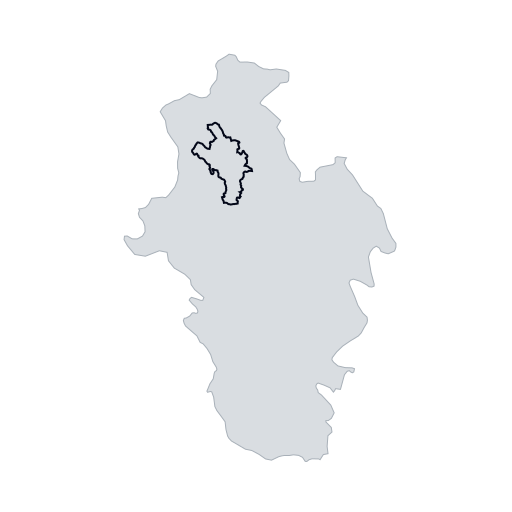 Republic of Serbia, with Nišavski highlighted, rotated 204°
{"feature_id": "SRB-830", "entity_name": "Nišavski", "entity_type": "District", "adm_level": 1, "iso_a3": "SRB", "parent_name": "Republic of Serbia", "parent_adm1": "", "projection": "equal_earth", "projection_center": [21.87, 43.429], "detail": "fine", "context": "in_parent", "style": "outline", "palette": "ink", "viewbox_px": 512, "rotation_deg": 204, "n_neighbors": 0, "source": "natural_earth", "source_scale": "10m", "svg_char_len": 9130}
<svg xmlns="http://www.w3.org/2000/svg" viewBox="0 0 512 512"><g transform="rotate(204 256 256)"><path d="M286.8,197.0L298.3,200.3L303.6,203.5L306.3,207.7L313.7,210.4L325.7,211.7L334.0,216.0L338.7,223.2L346.4,221.5L357.0,210.8L367.4,208.1L377.6,213.1L383.2,217.3L384.2,220.6L381.8,221.9L376.1,221.3L371.4,223.3L367.8,228.0L367.2,233.0L369.8,238.3L373.5,242.0L378.2,244.0L380.7,246.8L381.0,250.3L382.3,251.3L379.6,252.9L376.7,255.3L375.1,259.5L374.7,266.3L365.6,271.6L362.1,272.6L360.6,276.1L358.2,286.0L358.5,293.5L359.8,297.4L360.3,300.5L363.3,304.3L366.0,310.2L367.9,317.9L371.8,323.9L382.0,329.9L387.1,333.3L390.9,338.3L393.7,342.8L402.2,348.8L401.6,353.1L399.7,357.3L397.8,359.3L393.7,364.7L389.6,367.7L382.9,377.2L372.3,377.7L369.7,378.5L365.7,381.1L363.8,385.9L365.7,389.7L365.5,393.6L363.6,401.1L366.2,409.2L370.0,412.9L370.6,415.0L369.9,418.8L364.4,426.5L362.7,429.4L357.0,430.8L355.1,430.0L352.2,427.4L349.5,426.6L342.8,429.7L336.0,431.6L330.6,430.2L325.3,430.0L321.7,431.3L318.9,431.8L313.5,435.1L304.7,437.5L300.7,437.0L299.2,433.9L297.6,429.4L298.4,427.4L304.2,423.8L304.8,420.5L312.9,404.3L314.4,399.0L314.5,397.3L312.4,396.2L308.0,396.2L288.5,389.7L289.4,382.1L283.6,378.1L277.5,374.5L276.4,370.5L269.6,362.3L264.6,357.8L258.2,355.5L252.7,352.2L249.4,350.2L248.0,346.4L248.0,344.1L246.3,342.0L243.7,342.2L239.2,345.2L233.6,347.8L232.6,349.7L234.6,354.2L236.0,357.0L235.3,359.7L233.6,363.2L222.8,370.8L221.6,373.4L223.6,377.7L222.3,379.7L213.3,382.5L213.6,380.1L213.1,376.4L208.0,372.4L200.8,369.3L184.8,358.7L178.7,357.3L173.2,356.1L165.4,351.0L161.3,350.2L156.9,346.5L147.2,334.3L139.0,327.7L133.3,324.4L131.8,321.1L131.5,317.7L131.7,316.6L136.1,311.8L139.4,311.2L143.6,311.0L146.4,313.4L150.1,313.9L152.2,310.8L153.3,306.4L152.9,300.8L144.2,287.7L136.7,278.5L135.9,276.5L137.5,274.8L140.2,273.9L143.0,274.6L150.5,275.3L157.6,274.5L160.1,272.2L160.1,269.2L157.5,266.5L149.3,259.0L142.9,252.4L135.3,247.3L129.7,245.3L128.1,242.7L127.4,240.0L128.1,234.9L128.6,228.5L130.0,224.5L135.2,217.0L140.2,208.9L143.3,201.2L145.0,194.1L144.4,192.0L141.9,190.5L136.5,188.9L129.1,190.3L122.7,192.9L120.2,193.1L119.5,189.9L120.5,188.5L122.5,188.6L124.1,189.2L125.8,187.8L126.9,183.5L124.6,168.5L129.3,167.2L129.4,165.0L129.9,163.1L134.7,165.7L141.6,165.7L147.6,165.2L148.5,163.7L148.5,161.6L147.2,159.9L145.1,158.6L143.6,156.5L139.6,155.6L127.0,150.2L120.8,144.5L121.1,138.4L123.0,135.1L125.2,134.0L124.6,132.8L117.5,130.0L115.0,126.1L117.2,121.1L113.6,111.0L109.8,104.7L113.7,102.0L114.3,98.2L114.6,96.0L116.2,96.1L122.4,93.5L124.7,91.4L126.0,89.0L127.5,88.4L131.6,91.0L136.0,91.2L140.9,89.6L144.6,87.2L149.0,85.3L151.0,84.0L153.6,81.9L158.8,75.8L164.7,74.5L172.4,76.0L180.8,76.6L187.1,75.2L203.1,77.0L206.5,78.4L208.7,80.0L212.8,85.2L216.8,92.0L222.3,95.2L228.9,98.9L232.3,101.7L237.3,109.9L241.2,113.9L242.5,113.7L243.9,112.6L244.8,111.8L245.9,112.6L245.9,115.0L246.1,120.6L245.1,126.4L246.5,132.0L246.5,133.7L245.5,135.3L245.7,136.7L247.1,138.3L252.4,141.9L257.4,147.6L263.2,151.6L268.5,154.2L271.9,154.4L277.5,159.0L288.4,162.3L291.9,163.4L294.3,165.3L296.1,167.5L296.2,169.9L294.5,171.0L292.1,174.2L291.1,178.0L289.4,179.0L287.6,179.1L286.3,180.2L286.6,181.9L288.1,183.5L290.3,185.0L294.7,186.4L299.1,188.5L299.0,190.2L298.1,192.0L292.6,192.7L288.5,193.0L286.6,193.8L286.8,197.0Z" fill="#d9dde1" stroke="#a8b0b8" stroke-width="1"/><path d="M295.9,333.9L295.7,333.9L295.4,333.7L294.2,332.0L295.1,331.7L296.1,331.4L296.8,331.0L297.3,330.8L297.5,330.6L297.7,330.0L297.9,329.7L298.6,329.1L299.0,328.9L299.3,328.8L299.9,328.9L300.2,328.8L300.4,328.7L301.1,327.6L301.2,327.2L301.2,326.7L301.0,326.2L300.6,325.8L300.2,325.2L300.1,324.9L299.9,324.1L299.6,323.6L299.5,323.4L299.5,323.2L299.9,322.3L299.9,322.1L299.7,321.2L299.9,320.7L300.4,320.3L300.7,319.8L301.1,319.2L301.2,318.8L301.2,318.2L301.0,317.7L300.3,317.1L299.9,316.6L299.3,316.1L299.2,315.9L299.2,315.7L299.2,315.3L299.2,315.0L298.9,314.7L298.3,314.3L298.0,314.1L298.0,313.9L297.8,313.1L297.5,312.5L297.0,312.4L296.2,312.0L295.1,311.7L294.9,311.0L295.0,310.8L295.1,310.7L295.8,310.1L295.7,309.1L295.9,308.6L296.1,308.3L296.4,308.0L296.7,307.8L296.3,307.7L295.8,307.3L295.2,307.3L295.5,306.2L295.5,305.4L295.2,304.7L294.8,304.0L294.3,304.0L294.5,302.5L294.6,302.3L294.8,302.1L295.2,302.1L295.7,302.3L295.9,302.3L296.5,302.0L297.0,301.7L297.1,301.4L297.1,301.2L296.9,300.4L296.7,299.7L296.6,299.3L296.2,299.1L295.4,298.9L294.9,298.7L294.7,298.3L294.5,297.3L294.4,297.0L294.1,296.5L295.4,295.5L296.3,295.1L297.1,294.5L297.7,294.3L298.0,294.2L298.7,293.6L299.3,293.2L299.9,292.8L300.0,292.7L301.1,292.6L301.8,292.3L302.3,292.2L303.0,292.3L303.7,292.6L304.4,292.6L304.6,292.6L306.0,292.1L306.9,291.5L308.2,293.3L309.3,293.9L309.6,294.2L310.2,295.0L311.0,295.9L310.3,296.5L309.5,296.7L309.2,296.9L309.0,297.1L308.9,297.5L309.0,297.8L309.7,298.1L309.9,298.3L310.7,299.3L310.8,299.5L310.7,300.0L310.4,300.2L309.7,300.7L309.6,300.9L309.5,301.0L309.8,301.8L309.9,302.4L309.9,303.8L310.0,304.3L310.1,304.5L310.6,305.0L310.8,305.5L310.9,306.1L311.1,306.5L311.8,307.3L312.3,308.1L312.5,308.3L313.5,309.0L313.8,309.3L314.1,309.8L314.3,310.1L314.4,310.3L314.3,311.2L314.4,311.4L314.7,311.7L315.3,312.1L315.8,312.5L316.1,312.7L316.6,312.7L317.4,312.6L318.7,312.5L319.0,312.5L319.5,312.9L320.1,313.2L320.4,313.2L321.2,312.9L321.6,312.9L322.1,313.0L322.4,313.1L322.7,313.4L323.0,313.9L323.4,315.0L323.6,315.6L323.9,316.2L324.1,316.5L325.3,317.4L325.9,318.4L327.5,318.2L328.5,317.7L328.8,317.6L329.1,317.6L329.7,318.0L330.2,318.1L330.7,318.0L330.9,317.9L331.2,317.7L331.3,317.5L331.3,317.4L331.1,317.2L330.5,316.9L330.2,316.7L329.6,316.0L328.9,315.4L328.7,315.0L328.6,314.6L328.5,314.2L328.8,313.2L329.0,313.1L329.3,313.0L329.8,312.9L330.1,312.9L330.3,313.0L330.6,313.2L331.7,314.3L331.6,314.5L332.1,315.2L332.4,315.4L333.1,315.9L333.8,316.4L334.0,316.5L334.0,316.8L334.0,317.2L333.8,317.7L333.8,317.9L333.9,318.1L335.1,319.2L335.2,319.4L335.0,319.8L335.1,320.1L335.2,320.3L335.6,320.6L335.9,320.7L336.2,320.7L336.9,320.4L337.3,320.4L338.5,320.6L338.9,320.8L339.6,321.3L340.4,321.5L340.7,321.6L341.0,321.8L341.6,322.5L342.2,322.8L343.1,323.1L344.1,323.3L344.7,323.3L345.6,323.1L346.5,322.6L346.9,322.6L347.3,322.6L348.7,323.2L349.2,323.4L349.4,323.7L349.5,323.8L349.5,324.3L349.9,324.3L350.4,324.5L350.6,324.6L351.4,325.4L351.6,325.4L351.8,325.4L352.0,325.3L353.0,323.8L353.2,323.6L353.4,323.5L353.7,323.5L353.9,323.6L354.5,323.9L355.2,324.5L356.3,325.0L356.7,325.2L356.9,325.5L357.1,325.9L357.3,326.4L357.3,326.8L357.3,327.1L357.1,327.8L356.6,328.5L356.5,328.8L356.5,329.0L356.6,329.8L356.3,330.4L356.3,330.6L356.4,331.8L356.4,332.5L356.1,333.2L356.0,333.5L356.1,334.0L356.1,334.4L355.8,335.1L355.7,335.7L355.6,335.9L355.4,336.1L354.5,336.3L354.2,336.4L352.5,336.4L351.4,336.6L350.7,336.6L350.0,336.4L349.3,335.9L348.3,335.6L348.0,335.5L346.9,334.8L346.4,334.6L345.7,334.6L344.3,334.3L344.0,334.3L342.0,334.9L342.2,335.8L342.3,336.9L342.7,337.9L342.7,338.1L342.6,338.8L342.7,339.1L343.0,339.5L343.8,339.9L343.9,340.1L344.0,340.3L344.0,340.8L344.2,341.3L344.0,341.8L343.7,342.1L343.0,342.1L342.8,342.2L342.6,342.3L342.4,342.6L342.2,343.0L341.6,343.7L341.5,343.8L341.5,344.0L341.6,344.7L341.6,344.9L341.6,345.0L341.2,345.6L340.3,347.4L341.9,348.0L342.7,348.7L343.3,349.1L343.7,349.2L344.4,349.4L344.7,349.5L345.4,350.2L346.3,350.9L346.6,351.1L347.3,351.2L347.5,351.2L347.7,351.3L348.2,352.1L348.7,352.4L349.2,352.5L349.8,352.5L350.9,352.2L351.1,352.2L351.5,352.5L352.0,352.9L352.1,353.0L351.9,353.6L352.0,353.8L352.4,354.2L353.4,356.1L351.5,357.1L350.9,357.5L349.9,357.9L349.5,358.1L349.3,358.3L349.2,358.6L349.0,359.3L348.0,360.7L347.8,360.9L347.5,361.1L346.3,361.2L345.8,361.2L344.8,360.8L344.5,360.7L343.3,360.9L342.1,359.4L341.3,358.8L341.0,358.6L340.0,358.3L339.4,357.8L338.6,357.4L337.8,356.8L336.9,356.0L335.8,354.6L335.5,354.4L335.0,354.1L334.6,353.8L334.5,353.6L334.3,353.0L334.2,352.9L333.3,353.2L333.0,353.2L332.6,353.1L332.3,352.9L331.9,352.3L331.7,352.2L331.3,352.1L331.0,352.2L329.8,353.1L329.3,353.3L328.5,353.4L327.7,353.9L325.4,351.1L324.5,352.0L322.9,352.9L321.9,353.3L321.4,353.3L319.5,353.4L318.2,353.5L317.8,353.4L317.5,353.1L317.3,352.9L317.3,352.7L317.5,352.4L318.0,352.1L318.2,351.8L318.2,351.7L317.7,350.9L316.9,349.9L316.1,349.0L315.6,348.3L315.2,347.9L315.1,347.6L315.1,347.2L315.3,346.9L316.2,346.2L316.4,346.0L316.4,345.8L316.3,345.6L316.0,345.1L315.9,344.9L315.4,343.3L315.2,343.5L314.9,343.5L313.6,343.3L313.0,343.4L312.8,343.4L312.4,343.2L311.9,342.6L311.6,342.5L311.3,342.5L311.1,342.6L310.9,342.9L310.8,343.2L310.7,343.5L310.7,344.3L310.6,344.8L310.6,345.2L310.8,346.2L310.8,346.5L310.6,346.7L310.4,346.9L310.0,346.9L309.7,346.7L309.0,346.1L308.3,345.7L307.5,345.0L307.0,344.9L305.6,344.7L305.2,344.5L304.7,344.1L304.5,343.7L304.3,343.4L304.3,343.2L304.4,342.8L304.6,342.4L304.8,342.2L305.2,341.8L305.4,341.6L305.4,341.4L305.3,341.2L305.2,341.1L305.0,340.9L304.1,340.7L303.8,340.6L303.7,340.5L303.4,340.1L303.1,339.4L302.7,338.9L302.5,338.0L302.1,337.5L302.0,337.2L302.0,336.9L302.6,336.2L303.0,335.2L303.1,333.8L301.4,334.3L300.6,334.4L299.3,334.4L298.3,334.0L297.4,333.8L296.7,333.8L295.9,333.9Z" fill="none" stroke="#020617" stroke-width="2"/></g></svg>